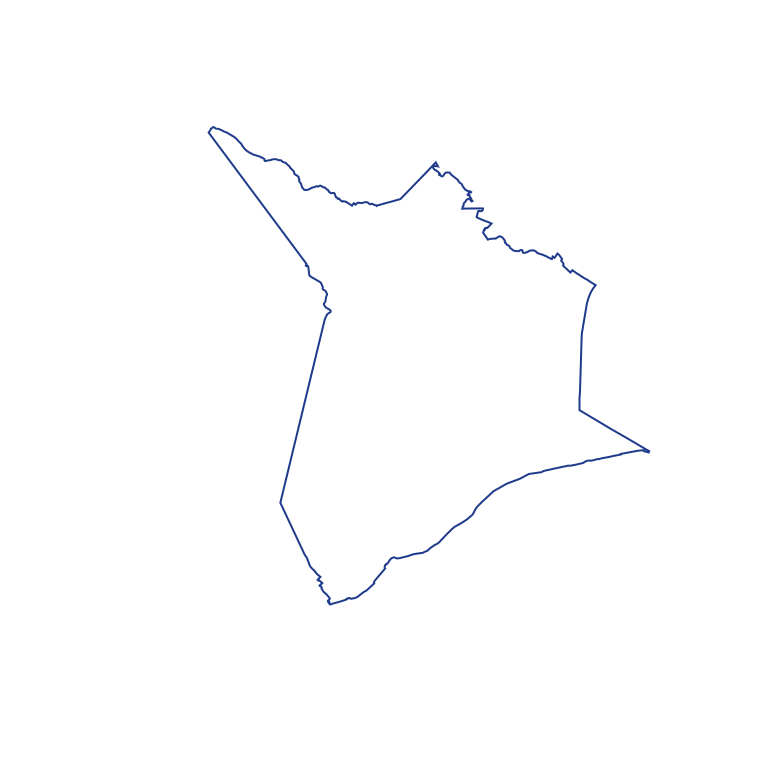 the district of Xochimilco, Distrito Federal, Mexico, rotated 116°
{"feature_id": "50627088B56641992702600", "entity_name": "Xochimilco", "entity_type": "district", "adm_level": 2, "iso_a3": "MEX", "parent_name": "Mexico", "parent_adm1": "Distrito Federal", "projection": "mercator", "projection_center": [-99.112, 19.236], "detail": "fine", "context": "isolated", "style": "outline", "palette": "blue", "viewbox_px": 768, "rotation_deg": 116, "n_neighbors": 0, "source": "geoboundaries", "source_scale": "gbopen_adm2", "svg_char_len": 6166}
<svg xmlns="http://www.w3.org/2000/svg" viewBox="0 0 768 768"><g transform="rotate(116 384 384)"><path d="M329.6,116.2L328.1,116.2L327.9,120.0L326.3,140.1L324.9,160.9L321.8,196.8L310.8,202.2L307.3,203.5L301.4,206.1L253.9,227.5L250.9,228.6L223.5,236.7L220.2,237.4L216.1,238.0L211.9,238.3L207.7,238.1L202.3,237.2L201.9,241.9L201.1,248.0L201.2,248.9L200.8,253.1L200.3,256.1L200.1,259.1L199.5,262.3L199.2,264.6L202.1,265.3L201.9,265.9L201.2,268.3L200.6,269.9L199.3,274.5L199.0,275.0L197.9,275.0L197.1,275.6L196.5,276.4L196.0,277.8L195.3,278.9L193.6,278.7L191.2,283.2L190.7,285.3L195.8,286.0L195.5,288.3L198.0,287.8L198.2,288.0L198.2,292.6L198.0,295.1L198.3,295.8L198.2,297.1L198.2,298.1L198.5,298.8L198.7,301.0L199.1,303.2L198.2,306.1L198.4,308.4L198.8,309.4L199.4,309.8L200.1,311.3L201.2,312.2L202.6,313.0L203.2,313.8L204.1,314.6L205.0,315.9L204.9,316.6L204.7,317.2L203.1,318.4L203.1,318.7L203.9,320.2L205.1,320.8L205.5,321.1L206.7,323.6L207.3,326.0L206.4,330.3L205.9,330.6L205.6,331.4L205.2,331.9L204.9,332.7L205.1,334.1L205.0,334.9L204.5,335.3L204.2,335.8L203.9,336.6L204.0,336.9L203.4,337.1L203.1,337.9L202.6,338.0L201.7,338.9L200.4,341.8L200.3,342.5L200.4,343.7L200.3,344.2L200.8,345.2L204.4,347.4L204.8,348.7L205.5,349.5L207.3,352.6L208.7,353.9L204.6,361.2L204.3,361.4L202.2,361.4L200.6,360.9L200.3,361.2L200.5,361.5L199.4,361.3L198.8,360.6L198.5,359.6L194.4,358.2L192.7,357.8L192.9,358.3L192.7,359.5L192.7,361.2L193.2,364.7L193.6,372.3L193.4,373.9L190.0,374.6L188.6,375.0L187.1,375.0L186.8,374.6L186.5,373.3L185.4,371.8L184.7,371.6L184.0,371.6L183.3,371.7L182.8,372.1L190.3,387.1L192.1,390.4L191.1,390.5L190.7,390.9L189.8,390.9L189.2,390.6L188.5,391.0L187.8,391.0L187.4,391.3L186.4,391.4L185.7,391.2L184.7,390.8L183.2,390.7L181.8,390.3L180.2,388.9L180.2,387.8L180.9,386.8L181.5,385.4L181.3,385.0L180.7,384.7L180.3,385.6L180.2,386.4L179.8,386.7L179.3,386.7L178.9,387.2L178.6,388.2L177.8,389.2L177.1,389.5L176.8,389.9L176.7,390.3L176.8,390.5L177.5,391.2L177.4,391.5L177.0,391.9L176.0,391.5L174.6,391.5L174.2,391.3L174.0,391.1L173.9,389.9L173.3,389.8L173.1,390.8L173.2,391.4L173.8,393.1L173.9,393.9L173.8,394.5L173.6,395.0L173.6,396.6L172.9,397.4L172.7,398.5L172.1,399.1L171.7,400.0L170.5,401.4L170.1,402.2L169.8,404.6L168.2,407.1L166.4,415.5L165.2,417.6L166.0,419.6L167.1,421.3L168.2,421.7L170.9,422.0L171.8,422.6L172.1,423.4L171.8,424.8L171.9,425.8L171.7,426.3L171.4,426.5L171.1,426.4L170.8,425.7L170.5,426.0L169.8,428.0L169.3,430.2L169.2,432.5L168.3,434.4L167.9,435.0L167.5,435.2L167.0,435.2L166.5,434.8L165.7,433.5L165.1,432.2L164.8,430.9L162.1,434.6L176.7,439.2L210.6,450.3L226.5,468.3L227.1,468.6L226.8,469.0L226.8,469.4L227.2,470.4L227.3,473.9L228.3,474.9L228.6,475.9L228.0,478.1L228.3,479.8L229.6,481.6L231.1,483.2L231.9,485.2L232.0,485.9L232.8,487.1L233.3,487.5L235.3,488.2L234.7,490.3L235.8,490.7L237.7,490.9L237.0,497.0L237.0,499.2L237.5,500.0L237.6,501.0L238.3,501.5L238.3,502.2L238.2,503.0L237.1,505.5L237.2,506.0L237.8,506.4L237.7,507.0L237.0,507.9L237.2,508.8L237.1,509.2L235.5,510.8L234.9,511.3L234.4,512.0L234.2,512.6L234.3,512.9L234.9,513.7L235.2,514.5L235.8,515.3L235.5,516.7L235.2,517.4L235.4,518.0L234.8,518.5L234.1,519.6L234.2,520.7L233.7,522.3L233.3,523.0L233.7,523.8L233.6,524.5L233.8,525.0L233.6,525.8L233.6,528.2L234.2,528.9L235.2,529.5L235.6,530.0L235.6,530.8L235.8,531.4L237.6,532.9L239.4,535.1L241.1,536.1L242.9,537.8L243.4,538.4L244.3,540.1L244.4,541.1L243.9,541.9L243.2,543.8L240.5,546.3L238.7,549.4L237.3,549.7L236.6,550.8L235.7,551.1L235.3,551.7L235.0,552.4L234.6,556.1L234.1,556.9L233.2,557.5L232.4,558.5L231.7,560.2L231.2,562.2L230.0,564.1L228.8,568.2L228.4,568.9L228.4,569.9L228.6,570.7L228.7,572.3L228.6,573.1L228.1,574.5L228.1,574.8L228.6,575.7L228.8,576.3L229.4,579.8L230.3,581.6L231.4,583.2L232.3,583.9L234.2,586.6L235.8,588.6L235.6,589.3L234.2,590.2L234.0,591.7L234.0,593.4L234.2,593.8L234.0,594.8L234.7,599.8L235.1,601.8L234.9,607.0L234.7,609.2L233.7,612.4L232.4,615.1L230.6,617.8L229.6,621.2L228.4,623.9L227.5,627.6L227.4,630.1L226.9,635.2L227.2,638.8L227.1,641.3L227.2,644.3L228.2,647.2L227.7,649.1L227.8,649.6L228.0,650.2L229.2,650.6L230.6,651.5L232.4,651.4L234.9,651.8L308.7,508.9L310.3,506.0L311.8,506.2L312.1,505.5L311.7,505.3L311.4,504.7L311.4,504.1L311.5,503.8L311.7,503.5L318.0,499.5L318.7,499.0L319.2,498.3L319.6,497.1L320.0,492.0L320.4,486.3L320.7,485.1L323.3,481.9L324.1,481.3L325.2,481.0L325.6,480.5L325.8,480.0L326.0,477.3L326.5,476.6L328.1,474.6L329.1,474.3L331.2,474.2L335.4,472.9L336.3,472.9L338.1,473.2L338.9,472.9L340.2,470.9L340.7,469.9L341.1,464.9L341.5,464.2L342.3,463.7L343.1,463.7L345.0,465.1L346.5,465.6L348.9,465.7L350.9,465.6L353.1,465.3L536.2,425.1L572.3,380.3L573.3,378.5L573.7,377.5L579.7,371.1L580.4,370.2L581.7,367.0L582.1,365.1L583.0,363.6L584.0,361.3L584.7,359.0L585.2,356.6L589.2,357.8L589.5,356.9L588.8,356.5L589.7,353.4L589.8,352.6L590.0,352.1L593.4,353.6L593.6,353.3L593.6,352.1L593.7,351.5L594.5,350.6L595.1,350.6L595.4,350.3L597.6,346.5L597.8,345.1L598.5,343.0L600.3,338.8L601.0,338.6L601.7,338.8L602.2,338.7L603.1,339.3L603.9,337.7L604.5,338.5L605.9,335.9L603.7,333.6L599.2,328.5L594.9,324.0L593.9,323.1L593.1,322.7L593.0,323.0L591.8,321.8L591.5,321.1L591.6,319.8L590.4,317.9L588.4,315.6L586.6,314.3L582.3,312.3L579.0,310.5L578.4,309.9L577.3,309.2L567.6,305.4L567.4,305.8L566.7,306.0L565.9,306.2L564.6,306.0L549.3,302.1L548.7,302.9L547.4,303.5L546.2,303.5L545.4,302.9L545.2,303.2L543.1,302.0L538.8,301.5L537.3,300.8L535.9,299.7L535.4,299.1L535.1,295.8L533.5,293.4L527.6,286.4L525.5,284.5L522.8,281.2L518.8,275.2L517.3,274.1L514.7,271.8L510.9,270.4L505.9,267.5L505.3,266.8L502.3,265.1L491.3,261.7L484.6,259.3L481.7,258.1L474.8,253.3L469.4,250.1L463.0,247.3L461.0,247.0L456.1,246.9L453.6,246.5L447.4,244.4L433.2,238.9L432.4,238.6L421.4,231.1L418.8,229.1L409.7,220.4L401.4,214.4L394.3,203.9L392.1,202.3L385.1,193.5L376.6,182.6L376.0,181.2L375.4,180.2L372.4,176.2L367.6,170.3L365.9,169.4L364.5,168.3L363.1,166.6L362.3,164.5L360.9,162.6L359.0,160.5L357.6,158.7L357.3,157.9L356.7,157.2L355.2,155.6L350.8,149.6L348.2,146.4L343.7,140.4L343.2,140.7L332.8,126.7L330.0,122.2L329.8,121.5L330.0,121.0L330.5,120.7L329.9,118.8L329.6,116.2Z" fill="none" stroke="#1e3a8a" stroke-width="2"/></g></svg>